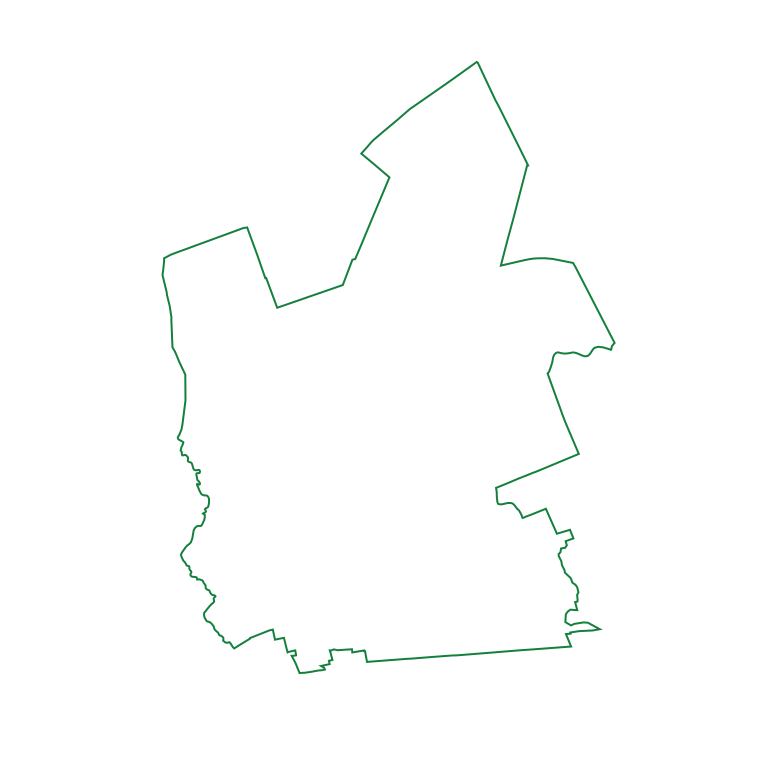 the district of Mihai Bravu, Giurgiu, Romania, rotated 258°
{"feature_id": "2599482B97305638724228", "entity_name": "Mihai Bravu", "entity_type": "district", "adm_level": 2, "iso_a3": "ROU", "parent_name": "Romania", "parent_adm1": "Giurgiu", "projection": "mercator", "projection_center": [26.044, 44.127], "detail": "fine", "context": "isolated", "style": "outline", "palette": "green", "viewbox_px": 768, "rotation_deg": 258, "n_neighbors": 0, "source": "geoboundaries", "source_scale": "gbopen_adm2", "svg_char_len": 6147}
<svg xmlns="http://www.w3.org/2000/svg" viewBox="0 0 768 768"><g transform="rotate(258 384 384)"><path d="M638.4,552.0L678.9,542.5L679.7,541.6L666.9,512.3L657.4,489.9L647.5,466.3L639.3,451.5L631.6,436.9L624.9,424.5L623.7,422.7L621.9,420.2L618.6,415.9L614.1,409.7L601.0,420.0L585.0,432.3L551.6,409.1L524.3,390.3L512.2,381.8L512.2,379.0L489.4,364.3L480.8,295.4L512.2,290.8L512.2,289.9L536.9,286.8L565.6,282.7L565.6,281.6L565.8,279.6L565.6,277.3L555.6,207.5L555.0,203.6L554.4,200.9L553.4,197.6L552.8,195.1L552.7,195.0L549.9,194.5L540.2,191.3L536.7,190.0L519.0,190.5L515.6,190.2L514.1,190.3L504.8,190.6L492.9,189.9L492.2,189.6L489.2,189.0L484.2,188.2L463.8,184.7L459.7,186.1L458.1,186.5L447.4,188.5L434.5,191.6L409.2,186.4L385.1,178.0L384.3,177.5L382.3,176.8L381.0,176.0L377.3,173.6L374.9,171.3L373.9,171.1L372.9,171.3L372.4,171.6L369.2,175.3L368.8,175.6L368.5,175.6L367.9,175.3L366.9,174.7L364.1,172.6L361.4,171.3L361.0,171.3L360.4,171.7L359.6,172.0L358.9,172.0L357.7,171.7L356.8,171.6L356.2,171.8L356.0,172.2L356.0,174.9L355.7,175.3L354.4,176.3L353.4,176.8L352.7,177.0L352.1,176.9L351.2,176.6L349.7,176.2L349.2,176.3L348.5,176.7L348.0,177.5L347.6,178.4L347.3,178.9L346.7,179.3L346.1,179.5L344.8,179.7L342.3,179.8L340.7,180.0L339.6,180.4L338.8,181.7L338.6,182.7L338.5,184.6L338.3,185.3L337.9,185.7L336.7,185.8L336.1,185.6L335.7,185.4L335.4,185.1L335.3,184.8L335.4,183.9L335.6,182.9L335.5,182.1L334.9,181.7L334.1,181.6L331.2,181.6L329.5,181.5L328.7,181.6L327.5,182.5L325.9,183.1L325.4,183.3L324.6,183.2L324.2,182.9L324.0,182.4L324.1,182.1L324.6,181.2L325.1,180.5L324.6,180.2L323.9,180.2L322.3,180.6L317.7,181.4L314.7,182.3L313.9,182.8L313.3,183.5L312.6,184.6L312.2,185.7L312.1,186.5L311.7,187.4L311.1,188.1L310.2,188.5L309.1,188.9L307.8,188.9L305.1,188.4L303.7,188.0L301.7,187.1L300.7,186.6L300.1,186.0L299.5,184.1L299.1,183.2L298.8,182.8L296.5,183.4L296.3,183.3L295.6,182.6L295.4,181.1L294.9,180.0L293.2,181.5L291.0,181.0L289.4,180.4L288.0,179.6L285.3,177.6L284.1,176.7L283.3,175.6L283.3,174.7L283.6,173.9L283.8,173.2L283.8,172.1L283.6,171.2L283.0,170.0L282.3,169.0L280.6,167.5L274.1,164.9L273.0,164.5L270.4,162.9L269.3,162.2L268.0,160.4L267.0,158.0L265.7,156.2L262.1,152.3L260.2,150.5L259.3,150.0L258.6,149.9L258.0,149.9L255.8,150.3L252.8,151.0L251.2,152.1L250.4,152.4L249.1,152.9L247.9,153.1L247.3,153.5L247.1,153.9L246.8,154.7L246.5,155.2L245.9,155.6L245.4,155.6L244.2,155.3L243.5,155.3L243.0,155.3L242.4,155.5L241.1,156.3L240.5,156.4L240.1,156.4L239.6,156.3L238.5,155.3L238.0,155.1L237.1,155.0L236.2,155.4L235.7,155.9L235.3,156.5L234.3,159.7L233.8,160.4L233.6,160.6L231.6,160.6L231.4,162.4L231.2,163.0L230.1,164.8L229.4,165.7L229.0,165.9L227.2,166.2L224.3,167.5L223.5,167.6L222.0,167.2L221.3,167.2L220.4,167.6L219.7,168.3L219.3,168.8L218.9,169.6L218.4,170.2L217.8,170.4L217.0,170.4L216.1,170.7L215.1,171.0L214.2,171.5L213.6,172.0L213.2,172.7L212.4,174.4L211.8,174.9L211.3,175.0L210.2,173.4L209.7,172.9L209.3,172.7L206.7,172.7L206.0,172.2L205.5,171.5L204.8,169.9L203.4,167.8L200.4,164.0L198.7,162.1L198.0,161.0L197.3,160.4L196.6,160.2L194.6,159.9L193.5,159.9L192.6,160.0L189.6,161.0L188.9,161.4L188.6,161.7L188.2,162.3L188.0,162.8L187.5,163.7L187.2,164.1L186.2,165.0L184.5,166.0L182.6,166.9L181.8,167.1L180.3,167.1L179.3,167.3L178.1,167.9L177.5,168.3L175.4,169.9L174.4,170.3L173.7,170.4L172.6,170.7L172.2,171.2L171.6,172.4L170.4,173.4L169.9,173.7L169.2,174.0L168.7,174.0L168.1,174.0L166.5,173.3L166.2,173.4L165.3,174.2L164.2,175.0L163.9,175.9L163.4,176.8L163.5,177.6L163.6,179.0L163.3,179.3L162.9,179.6L161.0,180.4L158.2,181.4L156.5,182.5L158.5,187.9L162.7,199.8L163.3,200.0L166.8,220.6L166.9,224.2L156.6,224.2L156.6,227.2L156.5,233.4L154.8,233.4L143.3,233.8L141.5,233.9L141.8,235.4L141.8,236.2L141.9,241.8L136.9,241.6L137.0,238.7L137.3,237.2L129.6,239.4L118.8,241.3L118.8,241.8L118.0,246.7L117.6,253.3L117.4,259.8L117.3,261.6L117.0,262.9L117.0,266.8L118.8,266.5L121.3,263.8L121.3,272.6L124.7,272.6L124.8,276.2L132.4,275.8L134.7,275.6L134.3,277.1L134.7,278.8L134.8,279.9L133.3,283.0L131.2,297.5L128.0,297.2L127.8,302.5L127.5,309.1L126.7,309.1L126.6,309.9L115.7,309.6L110.4,349.3L109.8,352.9L106.9,375.0L106.4,378.6L104.3,394.2L104.0,395.9L103.8,396.5L103.3,399.8L99.1,431.9L95.0,463.7L93.6,473.4L88.6,510.3L88.3,512.4L101.6,510.0L101.0,514.5L102.2,514.5L101.7,523.5L99.5,537.0L99.3,544.1L108.1,533.8L109.3,529.7L109.8,520.3L109.0,516.7L113.4,511.9L121.0,514.0L123.3,516.6L124.5,519.4L122.6,526.0L131.0,525.6L131.0,528.0L132.6,528.5L137.4,529.0L139.9,530.9L145.0,530.7L147.7,529.6L150.5,527.0L154.8,526.4L155.9,525.9L161.9,521.7L164.2,521.9L169.7,520.4L173.9,520.6L179.4,519.1L181.4,519.5L182.7,521.6L186.3,523.0L186.1,527.1L188.2,529.3L192.5,529.0L193.6,537.2L202.7,535.6L201.6,522.0L228.3,516.4L225.3,499.1L225.1,497.2L224.1,491.8L224.3,491.6L227.5,491.2L229.7,490.6L232.1,489.8L233.1,489.2L233.7,488.7L234.5,488.2L238.1,486.5L238.6,486.1L239.2,485.9L239.8,485.4L240.7,484.4L241.3,483.0L241.6,481.7L241.9,479.8L241.8,476.8L241.8,474.3L242.2,472.5L242.6,471.4L243.0,470.8L243.9,470.5L245.1,470.4L248.6,470.7L250.8,471.0L254.9,471.8L259.1,472.0L261.1,483.4L262.9,492.7L263.1,493.8L263.4,495.2L266.2,511.5L266.6,514.5L267.9,521.6L275.1,560.0L308.0,553.6L313.3,552.7L360.3,546.2L360.7,546.9L361.2,547.5L361.6,547.9L363.1,548.9L365.6,550.5L370.2,553.1L374.7,554.9L376.3,555.9L377.0,556.4L377.6,557.1L378.6,558.7L378.7,559.1L378.8,560.2L378.7,560.9L377.6,563.2L376.9,564.8L376.4,566.4L376.0,568.2L375.7,570.6L375.7,572.3L375.6,575.2L375.4,576.0L375.0,577.1L374.2,578.7L372.9,580.7L372.2,581.6L371.5,582.7L370.7,583.6L370.1,584.9L369.5,585.8L369.2,586.9L369.1,588.2L369.2,589.4L369.4,589.9L370.7,591.8L374.3,595.5L375.1,596.5L375.6,597.6L375.8,599.7L375.8,600.7L375.8,601.4L375.7,601.8L375.5,602.4L375.2,603.2L374.3,605.9L374.0,606.5L373.4,607.5L371.8,610.6L371.3,611.4L370.3,612.8L370.2,613.0L370.3,613.2L370.6,613.5L372.3,614.1L373.9,615.1L374.6,616.0L375.0,616.5L375.5,617.0L375.8,617.6L376.2,618.1L458.6,595.6L463.1,594.1L471.2,575.2L473.6,567.4L474.8,561.5L475.5,557.1L475.9,552.3L475.9,544.7L475.5,522.9L500.1,535.2L518.1,544.5L567.9,569.4L567.8,570.4L588.0,565.3L632.4,553.8L638.4,552.0Z" fill="none" stroke="#15803d" stroke-width="2"/></g></svg>